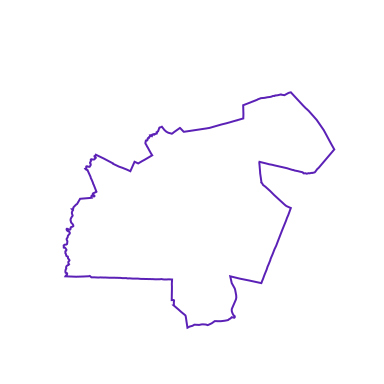 Traian Vuia, Timis, Romania (orthographic projection), rotated 299°
{"feature_id": "2599482B91559733005847", "entity_name": "Traian Vuia", "entity_type": "district", "adm_level": 2, "iso_a3": "ROU", "parent_name": "Romania", "parent_adm1": "Timis", "projection": "orthographic", "projection_center": [22.019, 45.79], "detail": "fine", "context": "isolated", "style": "outline", "palette": "violet", "viewbox_px": 384, "rotation_deg": 299, "n_neighbors": 0, "source": "geoboundaries", "source_scale": "gbopen_adm2", "svg_char_len": 5796}
<svg xmlns="http://www.w3.org/2000/svg" viewBox="0 0 384 384"><g transform="rotate(299 192 192)"><path d="M145.9,296.8L146.4,296.8L147.9,296.5L150.1,296.3L154.4,295.6L160.3,294.9L163.3,294.3L165.7,294.1L170.5,293.5L171.4,293.2L173.1,293.0L176.3,292.7L182.0,291.9L185.7,291.7L191.9,290.8L202.1,289.4L212.1,288.2L215.7,287.6L218.3,287.4L225.9,286.2L225.5,281.8L225.5,281.0L225.9,278.9L229.2,265.2L230.7,260.1L232.2,253.7L232.6,250.7L233.6,249.2L233.9,248.0L234.2,248.0L234.6,247.7L241.6,242.4L242.3,242.0L248.6,237.8L250.3,236.6L251.1,236.4L252.8,242.6L253.7,246.2L254.4,248.1L254.8,249.4L255.2,251.0L258.9,263.7L259.1,264.8L259.8,268.2L260.2,269.8L260.4,270.0L260.5,271.2L261.7,274.9L261.9,275.8L262.8,278.8L262.8,279.4L262.8,279.8L262.6,280.0L262.4,280.5L262.5,280.8L263.2,281.8L263.5,282.3L263.5,283.2L264.0,283.9L264.9,284.7L265.1,285.2L265.3,285.7L267.0,287.7L267.0,288.0L267.6,288.7L268.7,289.8L269.4,290.0L272.6,290.4L274.7,291.1L298.2,295.8L301.6,290.3L308.8,279.1L310.0,277.2L315.5,266.1L319.5,254.8L320.2,252.0L320.4,250.9L321.5,247.2L327.1,230.1L325.6,228.5L321.5,225.9L320.2,222.4L320.3,222.3L318.4,220.3L317.6,219.3L316.8,218.0L316.6,217.8L316.1,217.7L315.2,216.2L314.0,215.3L312.9,214.1L311.4,212.0L309.5,209.8L307.9,207.4L307.6,206.9L304.9,204.6L304.3,204.3L292.7,194.7L284.9,199.3L281.2,201.2L268.9,188.9L265.5,185.2L256.6,176.3L254.6,173.8L240.7,155.7L240.7,155.4L242.2,150.6L242.2,150.4L236.4,147.6L234.9,146.9L234.0,146.6L233.2,146.1L233.2,145.9L232.4,142.9L232.3,141.9L232.3,140.3L232.4,139.8L232.9,137.7L234.5,134.0L233.4,133.2L232.8,132.5L232.5,132.3L232.3,132.3L228.7,132.9L228.1,132.5L226.7,132.7L226.7,132.2L226.3,132.3L225.9,132.7L224.9,131.8L224.6,131.4L224.4,130.8L224.1,130.6L223.8,130.2L223.6,130.2L223.5,130.4L223.4,130.2L223.3,129.8L223.1,129.6L222.9,129.4L222.6,129.4L222.0,129.8L221.8,129.8L222.1,129.2L222.1,128.9L221.7,128.4L221.6,128.9L220.9,128.8L220.9,128.7L221.0,128.2L220.8,128.0L220.2,128.2L219.4,128.0L219.1,127.8L218.5,128.1L217.9,127.4L217.3,127.3L216.4,127.8L216.1,127.7L215.9,127.8L215.6,127.7L215.3,127.7L215.1,127.6L215.0,127.1L214.8,126.8L214.1,126.8L213.2,127.2L212.4,127.4L211.8,127.8L211.5,128.4L211.1,129.1L210.0,130.7L209.5,131.7L208.0,134.0L205.7,137.7L205.7,137.8L205.3,138.4L204.8,139.4L197.0,134.8L195.0,133.5L190.9,131.1L190.6,127.1L180.3,128.0L180.0,124.1L179.4,119.3L178.8,115.9L178.4,109.3L178.7,109.1L178.5,98.7L178.0,89.8L177.2,89.8L176.1,90.0L176.1,89.8L176.2,89.7L176.1,89.4L175.8,89.5L175.5,89.9L175.6,90.7L175.6,91.0L175.3,91.3L174.1,90.9L173.5,90.9L173.0,90.6L172.3,89.5L172.2,89.3L172.0,88.4L171.8,88.0L171.6,87.9L171.3,87.8L170.9,87.9L170.3,88.5L169.9,88.6L169.6,88.7L168.5,88.5L167.8,88.9L167.6,89.2L167.6,89.5L167.2,89.9L166.6,90.3L164.8,90.3L164.4,90.2L164.1,89.7L163.9,89.1L163.7,88.0L163.5,87.5L163.2,87.2L162.9,87.2L162.5,87.4L162.1,87.8L161.4,88.1L160.9,87.9L160.8,87.6L160.6,87.4L160.4,87.8L160.3,88.4L160.4,89.2L160.3,89.7L160.5,90.0L159.8,90.9L156.1,95.9L154.9,97.0L154.4,97.9L152.2,100.7L151.1,101.8L150.7,102.5L145.9,108.3L145.4,108.1L145.0,107.6L144.5,107.4L143.1,106.3L142.6,106.1L141.9,106.2L141.6,106.4L141.5,107.1L141.6,107.7L141.6,108.2L141.4,108.5L141.1,108.7L140.7,108.6L140.5,108.4L140.7,107.2L140.7,106.7L140.4,106.3L140.2,106.2L139.8,106.0L139.4,106.1L139.0,106.3L138.4,107.1L137.2,105.5L131.8,97.4L130.4,97.4L125.8,97.3L124.7,96.7L121.4,95.8L120.8,95.8L120.1,96.1L119.7,96.2L119.3,96.0L118.8,95.4L118.7,95.8L118.4,96.7L117.1,96.6L116.2,96.8L115.8,96.9L115.4,97.1L114.6,97.8L113.6,99.0L113.2,99.1L111.8,98.9L110.4,98.9L109.5,99.0L108.5,99.4L108.1,99.9L107.7,100.1L107.2,100.7L107.0,100.8L106.7,101.1L106.0,103.3L105.4,104.2L104.7,104.7L104.1,104.5L103.6,104.2L102.9,103.4L102.2,103.1L100.8,103.7L100.4,103.7L100.0,103.6L99.9,103.4L99.6,102.6L99.3,100.5L99.1,100.3L98.8,100.4L98.4,100.5L98.1,100.8L97.8,101.3L97.6,102.2L97.6,102.6L97.7,103.3L97.7,103.9L97.4,104.5L97.1,104.9L96.7,105.1L96.2,105.2L93.7,104.7L93.1,104.8L92.5,105.1L91.9,105.2L90.5,105.1L90.1,105.1L89.8,105.3L89.3,105.8L88.8,106.6L88.5,106.9L86.3,107.8L85.8,107.9L85.2,107.6L84.9,107.3L84.3,106.3L83.8,106.0L83.1,105.7L82.7,105.8L81.9,106.5L81.2,106.8L81.2,107.0L81.7,107.5L81.6,108.2L80.9,109.7L80.6,110.2L80.3,110.3L79.7,110.4L78.9,110.0L78.5,110.1L76.9,111.1L76.7,111.7L75.3,113.0L75.1,113.4L75.3,114.4L75.3,114.7L75.0,115.0L73.9,115.7L73.7,116.0L73.5,116.9L73.1,117.7L72.8,117.9L72.7,118.0L72.3,117.9L71.8,117.9L71.2,117.7L70.5,117.9L69.5,118.7L69.2,119.5L68.2,119.3L67.6,118.7L66.9,118.4L66.2,118.2L65.4,118.3L64.5,118.7L64.0,119.2L62.9,119.1L61.8,119.5L60.9,119.9L60.6,120.1L60.1,120.7L60.2,120.9L60.4,121.6L60.4,121.8L60.2,122.3L59.9,122.5L59.0,122.7L57.7,122.2L56.9,122.2L61.7,131.7L64.8,136.9L65.4,138.0L65.6,138.2L66.2,139.2L68.1,142.3L68.7,143.1L69.0,143.3L68.8,144.4L68.6,145.4L69.8,147.5L71.8,151.6L72.9,153.3L74.5,156.5L75.4,158.1L77.1,161.6L78.6,164.2L82.1,170.9L82.9,172.8L84.8,176.2L85.0,176.8L85.0,177.2L85.5,178.0L85.8,178.7L86.2,179.2L87.6,182.3L90.0,186.6L91.0,189.0L96.8,200.0L98.0,202.5L99.8,205.7L100.6,206.9L101.1,207.6L101.5,208.9L101.9,209.8L103.2,212.2L104.4,214.1L105.8,217.0L101.7,219.0L99.9,220.1L97.0,221.7L87.6,226.7L88.6,228.3L88.6,228.6L88.4,228.9L86.3,229.8L84.2,231.1L84.1,230.8L84.0,230.7L82.7,237.1L81.9,240.5L80.9,246.0L80.3,246.7L78.9,247.8L71.1,253.8L73.2,255.2L75.2,257.3L77.1,258.4L79.2,262.7L80.7,264.4L81.5,265.6L82.8,268.4L83.2,270.3L85.3,271.9L86.9,273.0L90.1,274.5L92.8,279.6L95.1,282.8L96.9,285.0L97.6,285.7L99.1,286.3L99.4,286.6L100.4,287.1L101.7,287.4L102.3,289.2L102.5,289.8L102.6,290.0L103.2,290.1L103.7,289.9L104.1,289.5L104.3,288.3L104.5,287.9L105.0,287.0L105.5,286.3L106.9,284.7L108.1,283.9L109.2,283.5L119.4,282.5L121.2,281.9L123.1,280.7L127.2,277.3L128.3,276.2L131.6,270.9L136.8,266.3L139.4,275.8L142.4,285.2L145.9,296.8Z" fill="none" stroke="#5b21b6" stroke-width="2"/></g></svg>